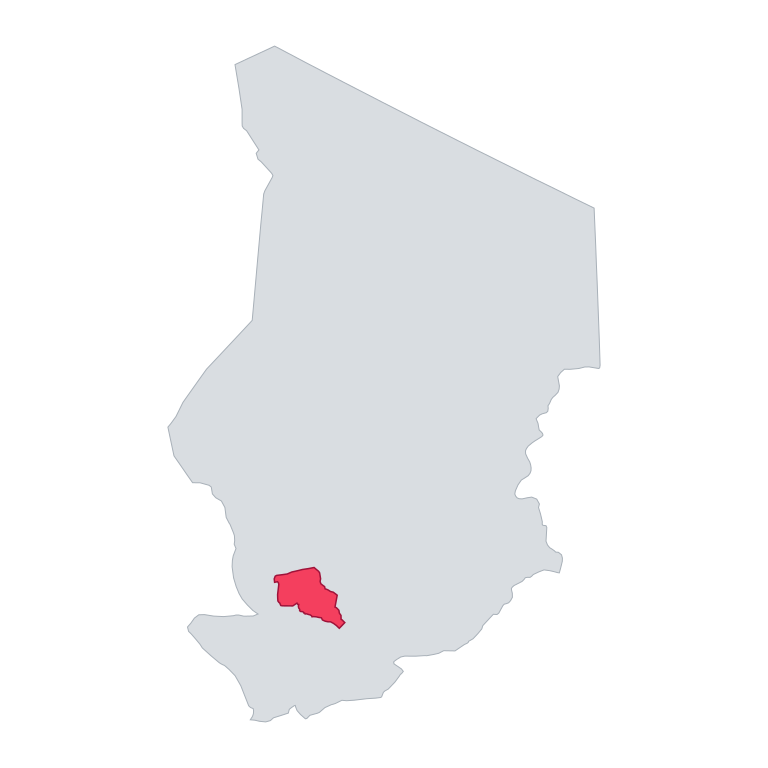 Loug-Chari, Chari-Baguirmi, Chad (highlighted)
{"feature_id": "50815135B30125763845581", "entity_name": "Loug-Chari", "entity_type": "district", "adm_level": 2, "iso_a3": "TCD", "parent_name": "Chad", "parent_adm1": "Chari-Baguirmi", "projection": "orthographic", "projection_center": [16.937, 10.387], "detail": "fine", "context": "in_parent", "style": "filled", "palette": "rose", "viewbox_px": 768, "rotation_deg": 0, "n_neighbors": 0, "source": "geoboundaries", "source_scale": "gbopen_adm2", "svg_char_len": 4852}
<svg xmlns="http://www.w3.org/2000/svg" viewBox="0 0 768 768"><path d="M594.1,208.1L594.9,226.9L595.7,245.7L596.4,264.5L597.2,283.4L597.9,302.2L598.6,321.1L599.3,340.0L599.9,358.9L600.1,365.2L599.7,367.7L599.5,368.0L598.7,368.5L589.0,366.9L584.7,367.0L578.8,368.5L570.1,369.3L564.4,369.2L560.6,372.6L557.7,376.6L559.4,385.9L559.1,389.1L558.0,392.3L555.4,395.1L552.8,397.4L551.3,399.4L549.4,403.7L548.0,405.7L548.2,408.4L547.8,411.2L546.3,412.7L542.2,413.8L539.6,415.1L537.5,417.2L536.1,418.7L536.9,420.7L538.0,423.3L538.7,427.5L539.2,430.0L541.2,431.9L542.5,433.4L543.0,435.1L541.8,436.6L536.9,439.7L534.9,440.9L532.6,442.5L531.8,443.1L528.2,446.1L526.4,448.7L525.5,450.8L525.6,453.8L527.6,458.2L529.7,461.9L530.6,464.7L531.1,467.8L531.0,470.7L530.0,473.3L528.2,475.7L521.3,480.1L518.0,484.9L515.4,490.8L514.8,494.0L515.6,496.0L517.0,497.8L519.1,498.7L522.1,498.9L527.1,497.8L531.7,497.1L536.7,499.1L539.4,504.0L538.5,507.5L540.5,513.9L542.3,521.7L542.2,524.3L542.9,525.3L546.0,525.7L546.8,527.5L546.0,541.2L547.5,545.0L549.7,547.7L552.0,549.1L554.4,550.8L555.7,552.1L558.4,552.3L561.5,554.8L562.4,558.1L562.3,561.3L560.6,568.2L559.3,572.9L557.5,572.6L553.9,571.6L549.4,570.6L544.0,569.9L538.8,571.9L533.3,574.5L531.6,576.3L530.0,577.4L527.6,577.3L525.3,577.7L524.1,579.4L522.1,581.4L514.1,585.5L512.4,587.0L511.4,588.4L511.5,590.0L512.3,593.2L512.4,597.3L510.6,600.6L508.6,602.8L506.2,603.7L504.2,604.2L502.9,605.6L498.8,613.1L497.0,614.5L493.3,614.3L482.8,625.6L481.8,628.9L477.9,633.6L473.0,638.8L468.6,641.3L468.3,642.3L467.1,643.3L464.4,644.5L455.0,650.9L443.7,650.7L438.7,653.3L433.9,654.4L426.8,655.7L424.6,655.6L415.5,656.2L404.8,656.1L400.7,657.0L396.8,659.4L394.0,661.5L393.6,662.2L394.0,663.1L393.9,663.8L401.4,668.9L403.3,671.4L401.4,673.8L400.5,674.2L400.4,674.4L399.2,676.3L394.9,682.1L388.2,689.1L384.8,691.0L383.4,692.3L381.6,696.9L380.5,697.5L375.9,698.1L366.8,698.7L354.2,700.2L346.6,700.7L341.9,700.3L335.3,703.5L332.9,704.3L331.5,704.6L324.9,707.6L319.5,712.3L317.5,713.2L309.9,715.3L306.8,718.5L305.4,718.8L300.5,714.5L297.1,710.6L295.5,706.6L295.3,705.4L294.4,705.6L291.7,707.4L289.3,709.3L288.3,713.1L280.3,715.7L273.5,717.8L270.4,720.6L265.7,721.9L259.6,721.3L254.9,720.2L250.3,719.8L252.5,716.4L253.4,713.8L253.6,710.7L253.2,708.6L250.5,707.5L248.7,705.8L244.8,695.9L240.8,685.7L235.1,675.7L228.9,669.3L224.4,665.4L222.9,664.8L220.6,663.6L219.0,662.5L210.8,655.6L202.3,647.9L200.1,644.4L195.8,639.2L191.1,633.8L188.6,631.4L187.5,627.0L190.9,623.1L194.4,618.1L198.8,614.8L204.4,614.6L213.7,616.1L223.6,616.6L233.5,615.7L236.1,615.0L238.6,615.0L243.9,616.2L253.2,616.0L258.0,614.0L252.9,610.5L247.4,605.0L242.2,599.0L239.1,593.6L236.2,586.6L233.6,577.9L232.1,566.7L232.4,560.4L233.2,555.9L236.0,548.5L234.2,544.2L234.7,540.7L234.4,535.6L233.5,532.9L230.0,524.3L229.3,523.4L226.2,517.4L224.9,507.5L221.4,501.0L215.7,497.7L212.4,493.9L211.3,487.1L209.1,485.3L200.1,482.8L192.6,482.7L187.2,475.0L180.4,465.1L174.0,455.9L170.1,437.6L167.9,427.1L170.6,423.9L176.0,416.5L183.0,402.3L198.5,380.4L206.5,369.2L222.2,352.5L241.4,332.0L252.2,320.4L254.1,299.3L256.1,276.9L257.6,260.0L259.4,240.1L260.9,223.4L262.1,211.2L263.7,194.0L264.9,190.7L272.3,177.3L272.9,175.5L271.6,173.2L261.2,161.8L258.0,159.2L256.2,153.3L258.9,149.9L246.6,130.7L243.6,128.4L242.2,126.0L242.1,122.6L242.1,109.4L239.0,88.6L235.0,64.6L249.5,57.8L260.5,52.7L274.6,46.1L287.5,52.9L306.2,62.8L325.0,72.6L343.9,82.4L362.9,92.2L381.9,102.0L400.9,111.7L420.0,121.5L439.2,131.2L458.4,140.9L477.7,150.6L497.0,160.2L516.3,169.8L535.7,179.5L555.2,189.0L574.6,198.6L594.1,208.1Z" fill="#d9dde1" stroke="#a8b0b8" stroke-width="1"/><path d="M274.6,582.3L277.5,581.7L277.8,582.1L278.4,582.8L278.8,584.3L277.6,594.6L277.7,598.1L277.9,601.0L278.9,602.4L279.8,603.1L280.4,604.7L280.8,605.5L282.2,605.8L292.8,605.9L297.0,603.1L297.8,604.4L298.7,604.5L298.5,605.3L298.4,606.2L298.4,606.7L298.5,607.1L298.8,608.2L299.3,608.7L299.7,609.4L299.6,610.4L300.3,611.4L300.9,611.5L301.3,611.5L301.5,611.6L301.8,611.6L302.4,611.6L303.5,612.2L303.8,613.0L304.3,613.0L304.7,613.1L305.0,613.8L305.1,614.0L306.5,613.8L308.2,614.4L309.7,614.8L310.1,614.8L310.8,615.3L311.5,615.7L312.0,616.8L313.3,616.6L316.2,616.8L318.6,617.4L321.4,617.8L322.4,619.9L323.6,620.5L325.2,621.2L328.0,621.8L330.5,621.8L333.7,623.5L333.8,623.6L335.0,624.5L336.4,625.5L337.7,626.8L339.3,628.3L339.4,628.2L344.8,622.6L342.6,620.4L342.4,620.1L341.1,619.3L341.1,618.9L341.0,615.7L341.0,615.4L339.4,613.2L338.9,610.3L337.5,608.8L336.4,607.7L335.0,607.1L337.2,595.2L333.3,592.2L330.5,591.5L328.2,590.0L326.4,589.2L325.1,588.9L324.6,586.6L322.9,585.4L320.8,583.7L320.1,581.4L320.6,578.8L319.6,572.8L318.6,571.3L315.8,569.0L314.1,567.5L308.4,568.6L302.4,569.5L298.9,570.4L296.3,571.0L291.8,572.0L287.2,574.0L281.5,574.8L276.6,575.4L275.2,576.2L274.2,578.9L274.6,582.3Z" fill="#f43f5e" stroke="#9f1239" stroke-width="1.5"/></svg>